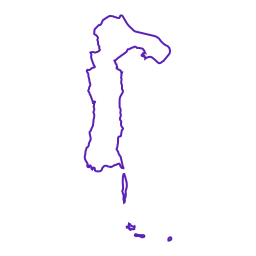 the Province of Sulawesi Selatan
{"feature_id": "IDN-1236", "entity_name": "Sulawesi Selatan", "entity_type": "Province", "adm_level": 1, "iso_a3": "IDN", "parent_name": "Indonesia", "parent_adm1": "", "projection": "natural_earth1", "projection_center": [120.285, -4.627], "detail": "fine", "context": "isolated", "style": "outline", "palette": "violet", "viewbox_px": 256, "rotation_deg": 0, "n_neighbors": 0, "source": "natural_earth", "source_scale": "10m", "svg_char_len": 5728}
<svg xmlns="http://www.w3.org/2000/svg" viewBox="0 0 256 256"><path d="M145.2,58.7L145.2,58.4L145.0,57.1L144.6,56.3L144.2,56.7L143.8,56.3L143.6,55.2L143.3,54.8L143.0,55.1L142.8,55.9L142.6,56.2L142.2,56.1L141.9,55.9L141.7,55.5L141.6,55.2L141.8,54.7L142.3,54.5L142.8,54.3L143.1,53.4L143.6,53.6L144.0,53.3L144.5,52.3L145.0,52.6L143.9,50.1L143.4,49.8L143.4,49.6L143.2,49.3L142.7,48.8L142.4,48.6L138.2,47.8L137.4,48.0L137.1,48.0L136.0,47.0L135.2,46.7L134.4,46.7L133.8,47.0L133.4,47.4L132.9,47.5L132.1,47.6L131.6,47.8L129.7,49.0L129.2,49.2L128.4,49.2L127.7,49.4L127.3,50.0L127.1,50.7L126.8,51.4L126.2,52.1L117.5,58.4L116.1,59.7L115.4,60.3L114.4,60.6L114.6,61.1L115.2,61.8L115.5,63.4L115.7,63.7L115.9,63.9L116.4,64.3L116.9,66.4L117.2,67.2L117.0,67.3L116.5,68.0L117.2,68.8L118.0,69.3L119.6,70.0L120.7,70.7L120.8,70.9L121.0,71.9L121.3,72.4L121.5,72.8L122.1,72.6L122.0,73.1L121.3,74.3L121.5,75.6L121.3,76.2L121.1,77.7L121.5,78.9L121.5,79.4L121.5,79.8L121.4,80.4L121.2,82.5L121.2,83.2L121.9,85.0L122.0,85.8L122.0,89.2L122.1,89.5L122.8,90.2L122.9,91.7L122.3,93.2L120.8,95.7L120.2,97.0L119.8,98.4L119.6,99.9L119.6,106.7L119.7,107.4L120.4,108.8L120.6,109.4L120.6,111.0L120.3,112.7L120.4,113.3L120.8,114.5L120.8,115.9L119.9,118.3L120.1,119.8L121.0,120.9L121.3,121.7L121.0,123.1L121.0,124.1L121.1,125.2L121.3,125.8L121.7,126.6L122.8,128.0L123.0,128.8L122.9,129.2L121.9,130.1L121.8,130.5L121.1,134.4L121.1,135.4L120.8,136.1L120.1,136.4L119.3,136.5L118.7,136.7L118.1,137.8L118.0,142.7L117.2,147.5L116.9,148.4L116.5,149.1L118.0,151.6L118.3,152.3L118.7,153.9L119.0,154.5L120.6,156.7L120.8,157.3L120.9,158.0L122.4,164.3L122.5,165.9L123.3,167.3L123.5,168.1L123.3,168.3L122.3,167.8L121.8,167.9L120.5,166.3L120.3,165.9L120.2,165.4L119.7,164.1L119.4,163.8L118.6,163.6L117.7,164.0L116.8,164.5L116.1,164.9L114.5,165.1L114.2,165.3L113.4,166.0L112.8,166.3L111.4,166.8L110.8,167.1L110.6,166.9L110.4,166.8L109.8,166.8L107.7,166.4L106.8,165.8L105.9,165.7L105.0,165.8L104.3,166.0L103.8,166.4L102.3,168.1L102.1,168.5L102.0,169.4L101.8,169.7L101.2,170.5L100.5,171.0L99.4,171.3L97.7,171.4L96.0,171.2L95.0,170.4L94.9,169.7L94.8,168.8L94.6,168.0L93.7,167.6L93.0,168.1L92.7,169.0L92.3,169.5L91.7,169.0L91.5,168.5L91.5,167.6L91.5,167.1L91.2,166.7L90.6,166.1L90.5,165.6L90.0,165.5L89.0,165.7L88.3,166.2L88.8,167.1L88.1,167.1L87.6,166.8L87.3,166.2L87.2,165.3L87.7,164.1L87.5,163.6L87.3,163.3L86.9,162.5L85.7,160.6L85.0,159.0L84.7,157.4L85.0,155.4L85.3,154.2L85.5,151.6L85.7,150.8L86.2,149.4L86.5,148.0L86.7,147.7L88.0,146.8L88.5,146.0L88.7,145.3L88.8,143.8L89.3,142.5L90.6,139.7L90.7,138.3L89.6,133.1L89.8,131.6L90.7,130.8L91.2,129.6L91.3,129.0L92.8,126.0L93.0,125.4L93.6,119.6L94.2,116.9L94.3,115.4L94.0,113.4L93.5,112.8L93.4,112.4L93.5,111.7L94.2,110.1L94.3,109.2L94.0,107.5L93.6,106.9L93.6,106.4L94.1,105.4L94.1,105.0L94.0,104.2L94.1,103.7L94.8,102.4L95.0,101.8L94.4,101.5L93.6,101.7L93.4,102.1L93.3,102.8L93.1,103.7L92.9,103.0L92.8,101.5L92.2,100.2L90.6,95.6L89.8,94.3L89.4,92.7L88.3,91.1L88.3,90.5L88.8,89.3L89.3,87.1L89.6,86.4L90.2,85.6L90.3,85.0L90.3,84.4L89.8,82.3L89.6,82.0L89.5,81.9L89.3,79.5L88.6,77.2L88.5,76.6L88.2,73.6L87.9,73.0L87.0,71.8L86.8,70.9L86.9,70.5L87.1,70.1L87.4,69.8L87.8,69.8L89.0,70.1L89.5,69.9L90.1,69.6L91.3,68.6L92.0,68.1L92.7,67.8L94.3,67.4L94.7,67.2L94.8,66.7L94.6,66.2L93.6,64.7L91.4,58.5L91.2,57.7L91.1,57.0L91.2,56.1L91.3,55.3L91.4,54.8L91.3,54.3L90.4,52.5L91.0,52.2L92.6,52.0L93.3,52.1L94.6,52.5L95.5,52.5L97.8,51.7L99.2,50.9L99.5,50.5L99.8,50.0L99.9,49.6L99.7,49.4L99.3,48.8L99.2,48.4L99.4,46.7L98.2,44.7L98.0,43.2L98.1,42.2L98.0,41.6L97.5,40.5L97.4,40.1L97.4,39.6L97.8,38.6L98.0,37.9L97.8,37.4L97.6,36.9L97.1,36.2L95.9,35.0L94.6,34.4L94.3,34.1L94.2,33.8L94.4,30.5L94.6,29.7L94.9,29.0L98.7,25.2L99.2,25.0L99.9,25.1L100.4,24.8L100.8,24.4L101.2,23.8L102.9,20.1L104.1,19.4L106.1,18.0L109.0,16.3L109.7,16.0L110.8,16.0L112.8,16.3L117.5,17.9L118.6,18.0L119.3,17.9L119.6,17.5L120.3,15.8L120.7,15.5L121.4,15.4L122.2,15.7L122.9,16.5L126.6,22.9L127.8,24.6L129.1,26.1L133.9,30.7L135.3,31.5L154.4,36.0L156.1,36.6L157.8,37.6L158.6,38.2L159.2,38.8L161.2,41.5L163.4,43.6L164.4,44.4L168.1,46.5L168.8,47.3L169.3,48.0L169.6,49.0L169.9,50.0L170.0,50.9L169.9,51.7L169.8,52.5L169.6,53.3L169.1,54.2L163.7,60.7L160.9,62.7L160.1,63.0L159.7,63.1L159.2,63.2L158.7,63.1L157.3,62.0L154.4,59.3L151.9,57.4L151.3,57.1L150.7,56.9L150.1,56.9L149.3,56.9L147.9,57.2L146.6,57.7L145.2,58.7ZM126.3,180.9L126.6,182.6L126.8,184.3L126.8,186.1L126.6,187.9L125.8,190.4L125.6,191.3L125.8,193.4L125.8,195.0L125.5,197.0L124.8,198.5L124.8,199.3L124.9,200.8L124.7,201.6L124.4,202.5L124.1,202.7L123.9,201.0L123.5,199.7L123.5,198.9L123.7,194.5L123.6,194.1L123.3,193.9L122.9,193.8L122.8,193.4L122.8,192.5L122.3,191.3L122.3,190.9L122.4,190.4L122.9,189.6L123.0,189.1L123.1,186.7L122.7,182.5L122.9,177.1L123.2,175.4L123.7,174.0L124.0,173.9L124.3,174.0L124.5,174.3L124.6,174.7L124.6,175.6L124.8,176.3L125.2,176.8L125.4,177.5L125.5,178.4L126.3,180.9ZM133.7,226.9L134.2,226.2L134.5,226.1L134.6,226.7L134.6,227.4L134.2,228.5L134.2,229.1L133.1,229.2L131.9,229.2L131.1,228.8L131.0,229.4L130.6,229.9L129.4,229.1L128.9,228.2L129.0,227.6L128.1,227.8L127.5,227.5L126.9,227.6L126.7,226.7L127.0,226.5L127.9,227.0L128.7,226.6L128.9,225.6L128.7,224.7L128.9,223.7L129.4,224.1L130.1,224.2L130.9,225.6L133.2,226.8L133.7,226.9ZM140.7,235.2L142.8,235.1L143.9,235.3L144.4,236.0L144.1,236.8L143.0,237.2L141.9,237.3L141.3,237.0L140.9,236.5L138.7,236.1L138.0,235.7L137.4,236.0L136.6,236.1L135.7,236.0L135.1,235.7L134.9,235.4L134.9,235.1L135.0,234.8L135.1,234.5L135.7,234.2L136.4,234.3L137.6,234.8L140.7,235.2ZM169.3,237.7L170.6,237.3L171.3,238.2L171.2,239.5L170.3,240.1L169.1,240.6L168.5,240.6L168.3,239.7L168.4,239.1L168.6,238.5L168.9,238.0L169.3,237.7Z" fill="none" stroke="#5b21b6" stroke-width="2"/></svg>